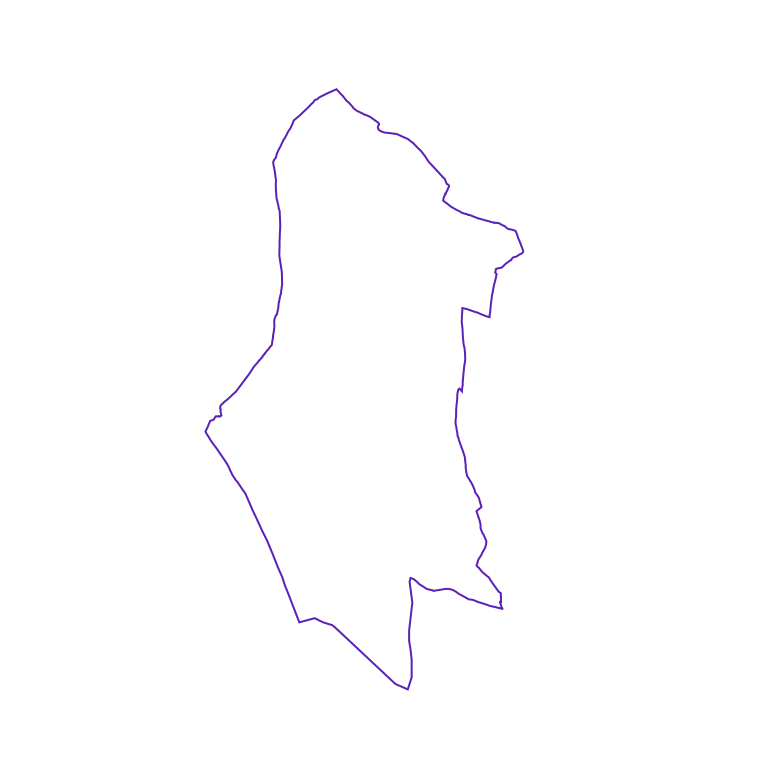 Gjerstad nor, Aust-Agder, Norway (Equal Earth projection), rotated 246°
{"feature_id": "86288312B47450701300036", "entity_name": "Gjerstad nor", "entity_type": "district", "adm_level": 2, "iso_a3": "NOR", "parent_name": "Norway", "parent_adm1": "Aust-Agder", "projection": "equal_earth", "projection_center": [8.999, 58.878], "detail": "fine", "context": "isolated", "style": "outline", "palette": "violet", "viewbox_px": 768, "rotation_deg": 246, "n_neighbors": 0, "source": "geoboundaries", "source_scale": "gbopen_adm2", "svg_char_len": 6129}
<svg xmlns="http://www.w3.org/2000/svg" viewBox="0 0 768 768"><g transform="rotate(246 384 384)"><path d="M672.6,460.5L672.6,457.8L672.5,453.4L672.7,452.6L672.6,451.9L672.6,449.5L672.4,447.0L672.3,443.4L672.2,442.0L671.9,440.3L671.5,439.7L671.3,438.4L671.5,436.8L671.3,435.8L670.0,433.8L669.2,431.1L667.9,428.3L663.4,415.6L662.8,413.3L661.5,408.8L659.0,406.3L655.6,402.5L654.9,401.2L653.9,399.6L652.3,397.5L651.1,396.2L650.3,395.0L649.1,393.6L648.5,392.7L648.2,392.0L647.7,391.3L647.5,390.9L646.7,390.2L645.7,388.9L644.3,387.4L642.9,385.8L642.3,384.8L640.7,382.9L640.1,382.1L639.4,381.4L637.7,379.5L636.6,378.8L634.8,377.3L634.6,377.0L633.6,374.9L631.9,373.1L630.1,372.4L623.4,370.9L619.7,369.9L613.6,368.0L610.4,366.3L604.9,364.1L597.9,361.5L591.3,360.3L590.0,360.0L589.1,359.9L587.9,359.4L584.4,359.0L572.4,354.3L567.7,352.1L565.1,350.7L557.5,347.0L555.4,345.9L554.1,345.4L551.0,344.0L548.0,342.5L543.8,340.6L538.2,339.0L528.1,336.3L516.0,331.3L514.9,330.4L512.0,328.8L510.9,327.9L510.2,327.6L510.0,327.4L508.6,326.8L508.3,326.6L507.3,325.4L506.0,324.6L504.6,323.4L503.5,322.8L502.3,321.8L501.4,321.5L501.2,321.1L500.5,320.5L499.2,319.9L498.1,319.2L497.7,318.9L496.8,318.6L496.3,318.2L495.6,317.8L495.2,317.3L493.5,316.3L492.7,315.5L492.2,315.2L491.3,314.8L490.6,313.1L488.1,310.6L487.1,309.8L484.3,308.5L481.1,307.3L476.0,304.2L473.0,302.1L471.8,301.6L470.8,300.9L465.5,297.5L464.9,296.7L464.3,295.3L462.5,291.9L462.3,291.0L461.8,290.3L460.9,288.4L460.3,287.7L460.3,287.2L459.8,286.9L459.2,285.2L458.9,284.6L458.0,283.8L457.8,283.2L457.8,282.6L456.9,281.4L456.3,279.5L454.3,275.8L453.8,274.3L452.4,271.7L449.2,266.8L447.2,263.5L442.4,254.8L440.9,252.3L440.7,251.7L440.0,250.6L437.1,245.3L436.0,241.6L435.0,239.0L434.7,238.0L433.4,234.0L432.6,230.8L431.9,229.4L431.8,228.8L431.3,227.0L430.8,226.4L430.6,226.0L429.6,225.0L429.1,224.8L428.6,224.4L427.8,224.6L427.5,224.6L425.3,223.4L424.0,223.2L422.9,223.0L422.0,222.6L421.4,222.6L421.2,222.2L421.0,221.5L421.3,220.9L421.2,220.7L421.6,220.3L421.9,220.0L422.0,219.9L421.9,219.7L421.6,219.5L421.9,218.9L422.9,217.5L422.9,217.3L422.6,217.1L422.5,216.5L421.9,215.4L421.3,214.9L420.7,213.7L420.9,212.3L420.8,211.8L420.9,211.5L421.0,210.3L419.7,208.8L415.6,204.5L414.9,203.5L413.0,201.5L411.7,201.6L406.1,202.4L402.2,202.9L398.0,203.7L394.5,204.6L391.7,205.1L378.2,207.6L375.0,208.1L369.6,208.4L368.0,208.3L365.6,208.5L363.2,208.4L356.4,209.5L354.1,210.3L346.9,211.5L340.1,212.8L326.5,212.7L322.6,212.6L316.9,212.8L299.5,213.0L289.3,213.5L275.2,213.2L259.2,212.5L248.8,212.5L240.0,211.5L234.7,211.4L224.6,210.9L200.7,209.7L198.2,225.6L194.4,228.5L193.0,229.8L191.0,231.5L188.2,234.6L184.9,238.5L180.8,240.6L105.3,272.4L95.3,281.5L104.8,290.0L121.1,297.2L130.8,300.3L139.2,302.5L148.6,306.7L172.8,321.0L192.9,326.9L196.0,329.3L193.8,331.7L192.5,332.4L189.0,334.0L187.0,334.7L179.2,339.9L175.9,344.3L174.9,345.0L172.3,354.9L172.2,355.1L171.7,357.1L170.2,360.3L168.0,362.9L164.9,365.3L162.0,366.9L152.7,374.0L152.0,375.1L151.7,375.9L150.0,378.1L147.8,380.1L145.3,382.7L144.4,383.9L141.6,386.9L140.0,388.8L138.3,390.3L135.5,394.2L130.4,400.7L130.5,400.8L130.9,400.9L132.3,400.5L133.4,400.8L134.5,400.8L134.8,401.0L137.1,401.1L137.6,401.2L137.8,401.5L137.3,402.3L145.4,405.6L147.9,404.2L159.1,401.9L162.9,401.3L164.5,401.2L167.2,399.7L172.5,397.2L174.1,396.9L175.3,396.4L177.6,395.9L179.2,395.0L180.4,394.7L180.9,395.0L181.6,395.6L181.7,395.9L183.6,397.5L184.2,397.8L184.8,398.3L186.9,401.3L188.3,403.5L189.9,405.1L192.0,408.1L193.6,410.0L195.5,411.7L197.3,412.8L198.9,413.6L202.9,413.7L206.2,413.6L207.0,413.4L208.8,413.3L211.0,413.4L213.1,413.6L214.4,414.1L215.6,414.8L219.5,415.7L223.1,416.1L230.2,416.7L232.0,423.0L236.4,423.6L241.5,424.4L243.5,424.1L248.2,423.2L250.1,423.7L255.5,423.8L258.8,423.6L261.2,423.2L263.9,423.0L265.4,422.6L266.2,422.5L270.1,423.4L274.5,424.6L275.0,424.9L276.8,425.7L281.1,427.0L284.2,428.1L291.5,428.9L294.1,429.0L302.7,429.7L304.7,430.2L306.3,430.0L309.7,431.1L314.6,432.3L315.7,432.7L317.7,433.0L320.4,433.9L323.2,435.5L323.7,435.9L325.0,436.6L330.4,439.1L335.7,441.9L339.4,444.2L345.1,447.0L348.7,449.6L349.1,451.1L345.6,452.2L348.1,453.5L351.2,455.6L353.6,456.6L367.3,464.3L371.2,466.9L373.2,468.1L378.8,470.4L382.0,471.5L384.2,472.2L387.5,472.8L388.9,473.2L395.7,475.5L397.9,476.4L400.9,477.5L401.6,477.9L407.4,479.7L410.3,480.8L412.2,481.8L414.9,483.0L415.7,483.6L421.5,486.5L418.5,490.5L413.5,495.7L411.6,498.0L408.6,500.8L406.1,503.2L403.7,505.6L402.1,507.6L404.9,509.1L406.1,510.0L414.5,514.7L419.3,517.7L420.5,518.2L422.8,520.1L425.9,522.1L430.1,525.1L435.2,529.2L438.6,531.6L440.6,530.9L442.8,532.6L443.5,533.0L443.6,533.5L443.3,535.1L442.5,538.7L442.9,540.3L444.4,544.2L445.1,547.7L445.4,548.5L445.5,549.6L445.5,550.7L446.3,551.3L447.0,553.2L447.0,554.8L446.7,556.1L446.6,557.0L446.8,558.5L447.0,559.2L447.2,560.8L447.2,562.3L447.3,563.1L447.9,564.6L448.1,564.9L449.5,565.3L451.9,565.5L458.4,565.9L462.3,565.9L463.7,566.1L465.8,566.2L468.1,566.5L470.4,566.4L472.1,564.6L473.8,562.5L474.5,561.3L475.5,560.3L476.4,559.6L477.8,559.0L479.2,558.5L480.4,557.2L484.3,554.3L485.4,552.3L486.0,551.1L486.5,550.6L486.3,550.4L495.8,538.9L496.6,538.1L496.6,537.5L497.7,536.7L504.0,530.5L504.1,529.6L505.4,528.9L507.3,526.3L509.0,524.6L511.3,523.1L513.1,521.4L519.2,517.0L521.7,515.8L527.5,512.6L528.3,513.2L529.9,514.2L531.0,515.4L532.2,516.9L532.4,517.4L532.9,517.2L533.2,517.7L533.1,517.9L533.7,518.9L534.1,519.2L535.0,520.4L537.0,522.4L537.8,523.7L538.8,524.1L540.6,523.4L541.2,522.7L541.8,522.6L542.6,522.8L546.9,522.9L548.7,522.0L560.7,518.0L567.6,515.6L569.2,515.1L575.9,514.1L576.5,513.8L577.4,513.7L582.1,512.5L586.2,510.8L591.4,508.9L592.0,508.9L592.4,508.5L594.5,507.3L597.9,505.6L607.1,497.4L612.0,489.4L613.5,486.7L616.3,483.9L617.5,483.1L618.4,482.6L620.7,482.6L622.0,483.5L622.5,484.1L623.0,485.0L624.2,485.3L625.3,484.9L634.0,479.8L636.9,477.0L637.6,476.4L638.0,475.7L640.1,474.2L641.9,472.6L642.7,472.1L643.2,471.6L643.7,471.0L644.2,470.5L645.7,469.8L646.1,469.5L647.6,468.7L648.7,468.2L650.2,468.0L655.1,466.4L658.0,465.0L664.3,463.4L666.1,462.7L667.0,462.2L667.7,462.1L672.6,460.5Z" fill="none" stroke="#5b21b6" stroke-width="2"/></g></svg>